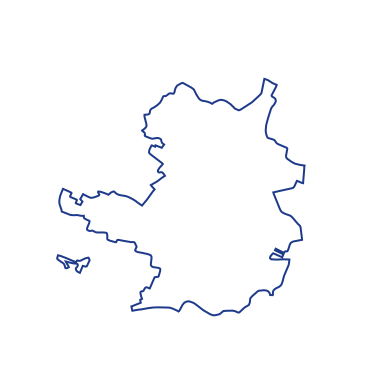 the district of Nam Định, Nam Định, Vietnam, rotated 113°
{"feature_id": "81297802B54089788823696", "entity_name": "Nam Định", "entity_type": "district", "adm_level": 2, "iso_a3": "VNM", "parent_name": "Vietnam", "parent_adm1": "Nam Định", "projection": "mercator", "projection_center": [106.173, 20.418], "detail": "fine", "context": "isolated", "style": "outline", "palette": "blue", "viewbox_px": 384, "rotation_deg": 113, "n_neighbors": 0, "source": "geoboundaries", "source_scale": "gbopen_adm2", "svg_char_len": 6040}
<svg xmlns="http://www.w3.org/2000/svg" viewBox="0 0 384 384"><g transform="rotate(113 192 192)"><path d="M97.1,188.4L96.1,190.9L95.2,195.4L95.1,197.6L95.5,200.4L96.1,201.9L97.2,203.3L98.0,204.1L100.5,206.4L101.3,207.0L102.9,207.8L102.7,211.3L102.9,213.2L103.3,215.5L104.0,218.2L104.0,218.9L103.8,220.8L103.6,221.5L102.1,223.9L100.3,226.4L97.1,230.1L96.8,230.7L96.1,233.6L95.2,242.8L95.3,243.4L96.6,244.8L100.0,247.3L102.3,247.7L103.8,247.7L105.3,247.5L106.4,247.2L108.3,247.2L108.7,247.6L109.1,248.3L109.5,250.3L109.9,250.9L110.6,251.7L113.5,253.3L114.1,253.9L114.7,255.4L115.1,255.7L115.7,255.9L118.7,255.9L122.1,256.3L124.0,257.1L126.2,258.2L128.9,260.0L131.0,261.7L132.1,262.2L133.2,262.4L135.9,261.8L136.8,261.9L137.4,262.3L137.9,262.9L139.5,265.9L140.4,265.6L141.7,264.8L146.8,260.9L148.0,260.1L149.2,259.7L150.6,259.7L153.4,261.0L154.8,262.0L155.0,261.9L155.3,261.3L155.7,259.4L156.0,258.8L157.2,257.8L158.6,257.5L158.9,256.7L158.8,251.7L158.6,249.8L158.2,248.8L156.0,245.5L155.5,244.1L155.4,242.8L155.6,241.4L155.8,241.0L157.7,239.6L158.5,238.8L158.9,237.6L159.2,236.2L163.1,237.1L163.3,243.8L164.7,243.6L164.8,247.3L165.1,247.5L165.7,247.5L169.9,247.7L172.2,247.1L173.0,246.3L173.5,245.0L177.1,231.0L177.6,229.8L178.5,230.0L182.5,231.4L185.3,231.8L185.8,231.7L186.4,231.4L186.8,230.8L186.9,230.1L186.8,229.7L185.8,228.1L185.6,227.1L185.9,226.0L187.7,223.2L190.9,225.4L195.6,228.0L201.7,232.6L202.8,230.6L204.2,227.4L207.0,228.3L216.4,230.4L224.0,232.7L223.4,236.1L222.2,240.9L221.8,243.5L221.5,247.3L221.5,250.1L221.7,251.6L223.2,257.9L223.1,260.5L222.9,261.6L222.1,263.5L222.1,264.4L223.5,265.8L224.4,266.5L227.2,267.9L227.1,270.1L227.4,275.2L227.7,277.1L228.1,278.3L228.3,278.5L228.8,278.5L230.7,276.3L231.1,276.2L231.5,276.3L233.9,278.6L235.3,280.2L236.7,282.4L236.9,283.0L237.0,284.3L236.8,288.7L236.5,291.4L242.2,292.1L243.6,289.1L247.6,289.6L247.8,292.7L247.7,294.6L247.3,294.7L244.5,294.8L244.1,295.1L244.1,302.1L243.6,302.5L243.3,302.6L240.2,302.4L239.9,302.6L239.8,303.0L239.6,305.7L239.5,312.0L245.3,311.9L247.8,311.7L250.9,311.0L253.0,310.3L255.0,309.1L259.3,305.3L260.9,304.2L260.6,295.0L260.2,293.4L259.2,291.0L258.3,289.2L257.8,287.5L257.3,285.0L256.5,282.8L256.2,282.3L257.0,281.9L258.0,281.4L258.3,280.9L258.6,278.7L258.7,275.1L259.2,274.8L260.8,274.5L265.3,274.5L266.8,274.3L267.4,274.0L267.8,273.5L268.0,272.1L267.9,271.3L267.6,270.4L266.6,268.9L266.5,268.3L266.4,267.7L266.7,265.3L266.3,263.5L263.7,257.3L263.2,255.5L263.1,254.7L263.5,254.1L265.4,252.8L268.3,251.7L268.8,250.8L268.9,250.4L268.8,247.9L268.1,242.8L267.9,242.3L267.7,242.2L265.6,242.1L265.3,241.9L265.0,241.5L264.7,240.6L263.8,236.4L261.9,228.3L261.0,226.5L260.9,225.2L261.4,224.5L264.0,221.6L264.9,221.6L267.1,221.7L267.7,221.6L268.4,220.9L268.5,219.4L268.4,218.1L267.7,215.1L266.6,209.4L266.3,206.8L266.4,205.3L267.0,204.4L268.1,203.6L274.8,201.6L275.6,201.1L276.1,200.1L276.3,199.5L276.3,198.4L276.0,197.2L274.9,193.0L274.9,192.1L275.0,191.5L275.4,191.1L276.8,190.5L281.5,189.9L282.9,189.8L283.2,190.0L285.1,193.1L297.3,193.2L297.4,196.4L297.6,196.8L297.9,197.2L298.3,197.5L299.1,197.8L301.6,198.0L302.3,198.3L302.8,198.8L303.3,199.9L303.9,200.2L304.8,200.2L308.0,198.0L309.9,196.2L311.5,197.6L314.0,195.9L318.2,200.2L320.2,202.1L321.0,203.1L324.6,200.5L321.1,195.1L319.8,192.7L316.3,187.4L313.6,182.8L311.4,178.1L309.8,174.1L307.2,167.5L306.9,164.3L307.0,159.4L307.3,157.8L306.6,157.3L302.9,156.9L300.0,156.7L297.1,155.9L295.3,154.5L294.4,153.3L293.8,152.0L293.6,150.2L293.5,147.3L293.9,145.0L296.4,135.3L297.4,127.7L297.3,125.1L297.1,123.9L295.7,121.5L293.6,118.8L289.3,116.6L287.8,113.7L285.3,108.1L284.9,105.9L284.9,102.6L284.7,101.8L284.4,101.5L283.3,100.9L278.2,98.7L277.1,98.0L274.6,96.1L273.6,95.5L271.2,95.6L267.2,96.8L266.7,96.7L263.9,95.7L257.7,92.7L256.7,91.8L254.5,87.7L254.1,86.8L253.6,84.7L253.7,83.1L253.9,82.5L255.0,80.8L256.3,79.8L255.4,77.4L255.0,77.4L252.2,78.5L251.1,78.5L250.5,78.4L248.8,77.7L246.9,76.3L246.1,75.4L244.6,74.4L242.8,73.6L241.7,73.5L238.7,73.7L233.3,74.5L221.6,74.5L219.2,75.0L216.1,76.0L218.3,81.7L221.1,87.5L223.0,92.8L222.8,93.5L222.5,94.2L222.2,94.4L221.7,94.6L221.2,94.6L220.4,94.6L218.9,94.2L217.0,93.6L216.7,93.3L216.8,83.5L213.7,83.5L213.2,92.8L211.5,92.8L212.1,83.5L210.8,83.4L210.2,82.9L209.4,81.2L209.0,81.0L207.6,80.9L202.1,81.4L200.7,81.3L199.4,80.7L198.8,80.2L197.9,79.3L193.0,72.0L192.2,72.4L182.2,78.2L181.2,79.1L180.8,79.8L180.1,81.8L176.2,89.7L175.4,92.1L175.7,98.0L175.6,99.9L175.4,101.2L174.8,102.7L172.9,104.9L161.7,116.1L160.6,117.0L156.9,111.9L149.8,101.9L148.8,100.7L147.4,100.0L141.5,99.8L140.7,99.7L140.7,94.0L140.5,93.2L127.5,97.5L124.6,98.6L123.7,98.7L124.9,103.5L125.7,108.4L125.4,111.7L124.5,116.0L124.2,117.2L123.8,118.1L123.2,118.8L122.6,119.3L121.3,119.8L119.6,120.1L114.9,121.2L114.5,121.6L114.3,122.1L114.3,131.0L114.2,132.1L114.0,133.1L113.5,134.0L112.3,135.8L112.0,136.7L112.0,138.4L112.5,142.6L112.5,143.5L112.0,144.2L110.8,145.4L108.3,147.3L105.8,148.5L101.6,149.8L97.1,150.5L92.0,151.1L84.3,151.8L82.1,151.5L80.0,150.7L78.2,150.4L76.1,150.3L75.3,150.5L74.6,150.9L73.8,151.6L73.3,152.6L72.8,155.7L72.2,156.4L71.8,156.5L63.0,155.8L60.4,155.8L60.3,156.5L60.3,160.4L59.4,165.5L59.4,167.6L59.6,169.6L73.0,166.9L73.9,166.8L75.1,167.0L77.5,168.0L85.9,171.8L96.4,178.9L97.5,179.7L98.2,180.5L98.5,180.8L98.5,181.2L98.5,184.2L98.4,185.1L98.2,185.8L97.7,186.7L97.1,188.4ZM302.7,263.7L302.2,260.7L301.7,260.0L301.4,259.8L295.6,259.6L294.9,259.6L294.1,260.2L292.9,261.6L293.8,263.1L294.9,264.4L298.9,267.9L299.4,268.7L299.9,270.9L301.7,271.3L302.0,273.7L302.0,282.1L302.2,287.8L302.6,290.6L305.3,290.3L305.7,290.2L306.2,289.8L306.6,288.8L307.2,286.4L307.7,283.5L308.0,282.3L308.5,281.5L309.0,280.9L311.4,278.9L311.5,278.5L311.4,278.2L311.1,277.5L310.5,276.9L309.3,276.0L308.3,277.1L306.9,279.1L305.3,281.0L304.8,277.5L303.9,272.6L303.1,270.4L303.1,269.3L303.3,269.0L303.9,268.5L304.5,268.4L306.1,268.6L307.1,269.0L308.0,269.0L308.5,268.7L309.5,267.7L309.7,267.3L310.0,266.3L310.2,265.3L310.2,263.6L303.2,263.7L302.7,263.7Z" fill="none" stroke="#1e3a8a" stroke-width="2"/></g></svg>